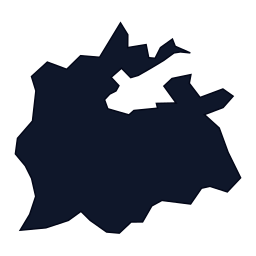 Namangan, Namangan, Uzbekistan (orthographic projection)
{"feature_id": "79887680B99414619772230", "entity_name": "Namangan", "entity_type": "district", "adm_level": 2, "iso_a3": "UZB", "parent_name": "Uzbekistan", "parent_adm1": "Namangan", "projection": "orthographic", "projection_center": [71.641, 40.967], "detail": "fine", "context": "isolated", "style": "filled", "palette": "ink", "viewbox_px": 256, "rotation_deg": 0, "n_neighbors": 0, "source": "geoboundaries", "source_scale": "gbopen_adm2", "svg_char_len": 907}
<svg xmlns="http://www.w3.org/2000/svg" viewBox="0 0 256 256"><path d="M210.0,186.3L227.3,191.9L240.6,177.8L228.1,152.4L219.2,128.0L204.4,114.6L223.1,107.5L233.1,96.2L222.9,89.0L200.1,97.5L189.3,83.3L190.9,74.6L172.0,78.5L163.9,86.1L176.1,103.0L156.4,103.4L157.6,108.2L133.9,110.5L128.9,114.9L107.8,108.8L104.5,99.7L109.7,94.1L116.0,90.9L118.9,85.7L111.1,77.3L121.5,68.2L130.7,77.6L138.2,75.4L150.9,68.1L163.7,60.4L174.0,52.9L180.4,51.9L190.3,52.9L175.2,46.3L172.4,39.1L160.5,47.6L155.1,58.3L148.7,57.7L146.1,44.6L127.7,47.6L127.8,34.7L120.5,22.9L99.6,57.3L80.6,55.7L66.7,69.3L47.3,62.1L31.5,76.5L35.9,90.8L32.5,121.0L17.5,138.3L15.4,153.9L25.3,165.8L31.6,178.4L35.7,196.4L29.7,214.4L20.2,230.2L45.9,227.8L68.4,220.4L81.0,211.3L90.2,220.4L106.6,232.0L119.3,233.1L131.1,222.0L142.6,221.9L151.8,205.9L161.9,200.4L190.6,204.0L201.5,188.2L210.0,186.3Z" fill="#0f172a" stroke="#020617" stroke-width="1.5"/></svg>